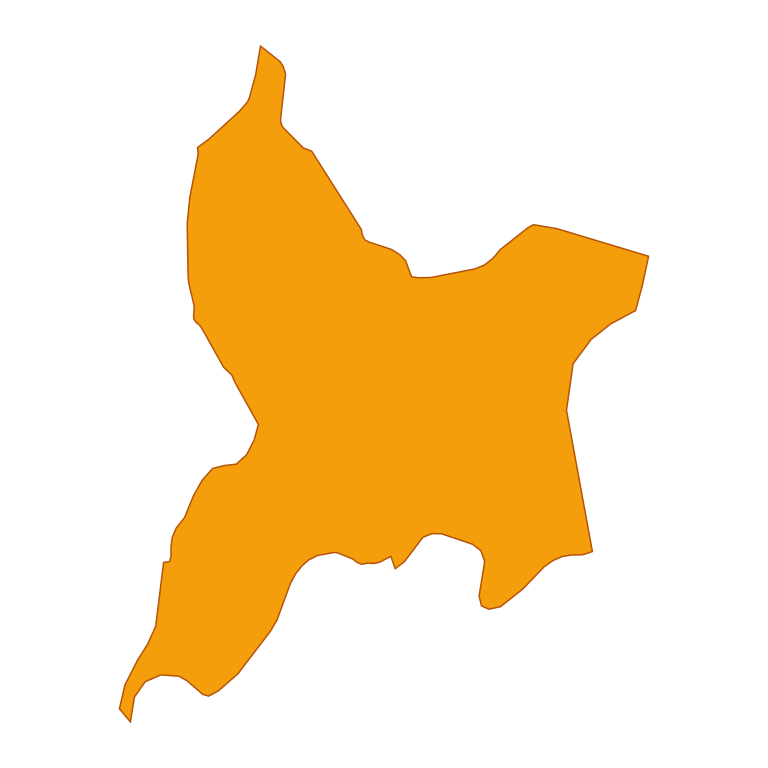 the Prefecture of Guéckédou
{"feature_id": "GIN-5640", "entity_name": "Guéckédou", "entity_type": "Prefecture", "adm_level": 1, "iso_a3": "GIN", "parent_name": "Guinea", "parent_adm1": "", "projection": "equal_earth", "projection_center": [-10.351, 8.727], "detail": "fine", "context": "isolated", "style": "filled", "palette": "amber", "viewbox_px": 768, "rotation_deg": 0, "n_neighbors": 0, "source": "natural_earth", "source_scale": "10m", "svg_char_len": 1626}
<svg xmlns="http://www.w3.org/2000/svg" viewBox="0 0 768 768"><path d="M198.0,152.0L197.5,147.6L209.3,138.8L239.6,111.1L247.6,101.8L249.4,97.7L255.7,74.6L260.5,46.1L280.2,61.7L283.1,66.3L285.6,74.0L280.5,120.0L281.5,124.8L283.4,127.9L303.4,148.0L311.7,151.2L361.3,229.4L362.1,233.7L363.3,237.2L364.8,239.8L369.3,242.2L391.9,249.6L400.1,255.0L405.5,260.5L410.8,274.7L411.7,276.9L418.8,277.8L430.9,277.5L474.8,268.9L484.1,265.2L491.6,259.4L495.2,255.8L499.9,249.9L528.2,227.5L533.5,224.7L556.7,228.6L648.6,256.3L642.2,286.1L635.6,310.5L610.9,323.8L591.2,339.3L573.1,363.7L566.5,410.3L592.4,551.5L584.7,554.2L581.9,554.8L571.3,555.0L562.0,556.6L553.3,560.4L544.0,566.9L522.6,589.2L500.5,606.7L488.8,609.2L481.5,605.9L479.1,596.1L484.7,561.5L480.9,550.7L472.7,544.3L441.5,533.8L432.2,533.6L422.9,537.3L404.4,561.7L395.2,568.7L390.9,556.4L379.6,562.2L373.9,563.5L367.9,563.1L361.6,564.3L356.9,562.2L352.5,558.9L337.5,552.8L333.8,552.5L317.2,555.6L308.9,559.8L302.0,565.8L295.6,573.8L290.3,583.8L277.0,620.0L270.3,631.4L237.9,673.8L218.6,690.7L208.6,696.1L202.8,694.4L187.1,680.8L178.9,676.2L160.8,674.9L145.2,681.7L134.4,697.1L130.4,721.9L119.4,708.8L125.0,684.8L137.7,659.9L147.6,644.2L155.7,626.3L163.6,562.5L169.6,561.5L171.1,555.6L171.0,546.9L172.3,537.1L176.2,528.1L184.6,517.4L193.4,495.9L202.1,480.3L212.6,468.5L223.7,465.6L236.3,464.2L246.7,454.6L254.1,440.2L258.4,424.4L234.9,382.3L231.9,375.2L223.6,367.2L201.2,327.3L199.7,325.4L195.7,322.0L193.9,318.9L193.6,316.3L194.2,308.4L194.0,305.2L189.0,284.3L188.1,276.9L187.2,223.2L189.8,197.6L198.2,153.9L198.0,152.0Z" fill="#f59e0b" stroke="#b45309" stroke-width="1.5"/></svg>